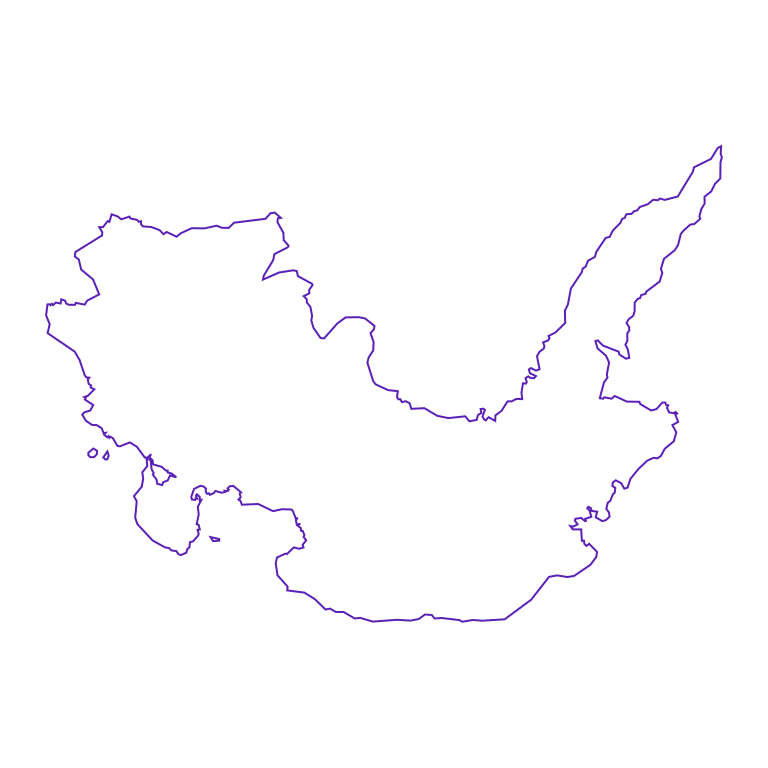 the district of Jeneponto, Sulawesi Selatan, Indonesia
{"feature_id": "22746128B64050318598962", "entity_name": "Jeneponto", "entity_type": "district", "adm_level": 2, "iso_a3": "IDN", "parent_name": "Indonesia", "parent_adm1": "Sulawesi Selatan", "projection": "mercator", "projection_center": [119.72, -5.545], "detail": "fine", "context": "isolated", "style": "outline", "palette": "violet", "viewbox_px": 768, "rotation_deg": 0, "n_neighbors": 0, "source": "geoboundaries", "source_scale": "gbopen_adm2", "svg_char_len": 6076}
<svg xmlns="http://www.w3.org/2000/svg" viewBox="0 0 768 768"><path d="M721.1,146.3L717.8,147.9L711.0,158.9L694.0,167.3L692.9,171.7L677.8,196.5L664.8,199.9L659.9,198.5L658.1,200.2L653.1,199.8L647.8,204.2L639.8,207.0L637.2,210.4L634.1,211.2L631.5,213.9L626.4,214.2L624.6,218.0L622.2,218.8L620.3,223.0L612.7,230.7L609.7,236.9L605.7,237.9L596.4,251.7L594.9,256.9L588.0,260.8L585.7,266.6L582.6,268.7L581.8,272.2L570.9,288.5L567.9,304.5L564.9,310.7L565.2,323.0L555.4,332.5L548.5,336.0L549.5,338.4L548.1,340.4L543.1,342.4L544.4,345.9L543.8,348.6L539.5,351.8L537.0,356.2L539.6,369.2L535.9,370.6L531.1,368.1L528.9,369.4L529.9,373.2L536.0,376.1L534.1,378.1L531.0,378.1L528.2,376.4L525.5,378.2L526.8,382.0L525.9,383.6L523.0,383.3L521.5,392.3L522.2,399.1L516.2,398.9L511.8,401.3L507.5,401.4L501.6,410.8L495.4,415.4L495.2,420.9L488.6,417.2L485.7,420.4L484.0,419.3L482.5,416.5L484.9,410.0L483.3,408.7L480.6,409.0L481.3,413.0L478.0,415.0L476.6,419.9L469.4,421.3L465.3,416.3L448.3,418.1L437.3,415.8L424.4,408.2L411.3,408.8L409.6,403.2L405.7,401.2L401.9,402.1L400.3,399.2L398.4,399.3L397.0,397.1L397.8,391.2L388.1,390.1L375.7,384.4L373.2,381.1L367.4,362.7L368.6,357.6L373.2,350.4L373.6,342.0L370.5,333.1L373.9,329.4L374.5,325.9L365.0,318.4L358.9,317.2L345.6,317.4L337.4,323.4L324.1,338.4L320.5,338.0L313.5,327.9L311.3,320.4L312.1,315.8L310.4,306.9L306.9,302.5L306.8,299.3L303.7,296.2L309.3,293.3L309.2,289.8L312.5,285.2L312.2,283.9L297.9,276.1L296.8,271.1L293.4,270.3L279.1,272.5L263.0,279.6L263.7,275.8L273.2,260.1L274.4,254.1L287.8,247.3L288.6,245.7L283.7,240.2L283.4,232.9L277.4,222.0L277.9,218.3L280.8,217.9L274.8,212.6L270.5,213.2L265.5,218.8L234.1,222.7L228.7,227.9L221.9,227.8L216.6,225.7L204.4,228.4L191.7,228.2L180.9,233.2L176.6,236.7L166.7,232.0L163.5,234.2L159.6,230.1L151.2,227.0L142.9,226.4L141.0,224.2L140.9,221.2L138.8,221.8L137.2,219.9L130.5,218.5L129.4,216.6L121.3,219.3L117.6,216.4L111.6,214.3L109.4,221.9L107.7,221.1L103.0,227.1L99.2,227.2L102.3,232.2L102.0,235.5L75.4,252.0L74.8,256.5L78.8,259.5L81.2,269.6L93.0,279.4L99.2,294.4L87.2,300.6L84.7,304.6L75.8,302.9L75.0,304.8L69.0,304.8L66.3,303.6L65.0,300.7L61.3,299.3L60.6,303.5L55.8,302.6L52.9,305.1L51.9,303.8L50.5,305.1L49.9,304.3L47.5,304.4L46.1,315.4L49.7,324.2L47.6,333.1L74.7,351.6L79.5,359.8L84.8,375.5L86.6,377.5L89.2,377.7L87.8,379.6L88.7,383.9L91.1,385.4L90.6,387.5L94.3,389.3L87.9,395.8L84.4,397.0L85.8,397.7L84.8,399.5L93.2,405.0L90.2,410.6L84.6,412.2L82.2,414.6L85.9,420.7L92.0,424.9L96.7,425.1L101.7,428.2L103.6,433.1L105.7,432.8L104.1,434.7L107.2,437.3L108.3,436.1L109.3,437.8L110.2,436.6L112.9,438.2L117.4,445.9L120.0,446.3L129.9,442.4L136.9,446.8L144.8,457.5L147.6,457.5L151.1,454.2L149.4,457.2L152.5,460.2L153.1,464.4L161.7,466.8L166.0,470.6L167.6,470.5L167.6,472.4L172.0,473.7L176.3,477.3L170.0,475.5L167.7,480.5L163.2,482.2L162.2,485.1L157.2,483.8L156.5,479.5L152.8,474.6L153.7,473.0L151.6,469.3L150.5,459.4L146.6,459.4L147.3,466.0L142.3,472.3L143.2,478.7L141.7,486.8L133.9,496.2L136.7,501.2L135.2,517.8L137.4,524.1L152.6,540.5L164.9,547.3L169.2,548.2L171.3,550.4L176.4,551.1L178.4,554.2L180.8,555.1L186.3,552.7L187.3,549.1L189.5,547.3L189.9,542.2L193.0,541.4L197.9,535.9L198.7,534.0L197.6,529.8L199.8,529.5L198.6,524.8L196.7,524.2L198.7,514.4L197.8,506.8L201.3,500.0L199.8,500.5L199.8,497.0L197.0,494.3L195.9,495.6L197.1,498.6L195.7,498.3L195.2,499.9L191.9,499.5L191.2,497.1L194.0,489.0L200.3,485.8L203.9,486.6L206.1,488.9L205.6,491.4L207.0,493.8L209.1,493.3L209.8,494.8L213.7,493.2L215.3,491.0L221.6,492.7L225.1,492.0L224.6,490.7L227.7,491.1L228.8,489.7L227.6,488.4L229.6,486.3L233.3,485.9L241.1,492.4L239.7,493.7L240.7,497.3L238.5,499.6L240.4,500.7L241.9,504.7L258.2,504.0L273.0,511.1L282.2,509.2L291.5,509.5L292.8,510.8L295.9,518.7L297.7,517.8L295.9,520.0L296.5,523.4L297.3,524.4L300.4,523.8L297.3,525.4L300.8,528.0L301.1,530.8L302.8,531.1L304.4,535.1L303.6,537.0L306.2,540.3L302.6,544.9L303.5,547.5L299.2,548.8L293.8,547.4L286.9,554.1L285.5,553.6L277.0,557.5L275.7,563.2L277.5,575.3L287.6,586.6L287.2,590.4L304.4,592.6L314.9,599.2L325.5,609.5L330.1,608.6L335.6,611.9L343.7,612.0L354.7,618.5L360.3,617.9L372.9,621.6L396.6,619.8L410.6,620.6L418.8,619.0L425.0,614.5L431.8,615.0L434.6,618.5L441.7,618.0L459.5,620.1L462.2,621.7L472.9,620.0L482.5,620.7L504.7,619.3L531.2,599.7L549.0,576.9L557.0,575.4L567.3,577.0L574.0,576.0L590.4,564.8L596.4,556.8L597.0,551.8L589.1,543.8L586.5,545.9L584.5,544.1L583.9,540.6L581.9,540.8L581.2,529.4L572.8,529.4L570.3,526.0L573.1,526.6L577.5,524.4L574.8,520.4L575.5,518.8L581.1,517.9L585.0,521.1L585.9,520.9L585.2,518.8L591.3,516.8L589.6,510.5L587.3,508.3L588.2,506.8L590.9,508.1L591.6,510.9L597.2,511.7L595.7,517.3L602.3,521.1L605.8,520.2L609.6,516.7L609.0,512.4L606.3,508.9L607.8,502.6L610.1,501.1L613.0,494.1L614.7,492.8L615.3,487.9L612.4,486.0L612.8,482.6L615.7,480.3L621.2,483.2L624.3,488.7L627.6,487.6L630.4,478.9L638.5,468.9L647.3,460.6L653.4,457.9L657.6,458.3L660.9,455.9L664.8,448.7L673.8,441.3L676.3,432.4L672.4,425.1L678.2,421.9L675.3,414.5L677.1,413.5L675.7,412.0L674.0,413.1L669.2,412.5L667.0,407.8L668.2,405.3L666.1,404.9L665.3,402.5L662.4,402.5L656.5,409.1L651.2,410.5L640.2,404.0L639.4,401.8L626.9,401.6L614.7,396.0L611.6,398.7L604.4,397.3L603.2,398.7L599.8,398.2L603.9,382.6L607.5,377.5L606.8,374.6L609.1,362.5L606.0,355.7L597.5,348.3L595.4,341.1L597.8,340.4L603.0,345.6L618.7,351.7L619.4,354.5L625.9,358.7L629.3,357.8L627.8,349.5L625.4,344.7L627.3,341.1L627.3,333.4L629.2,330.6L629.2,327.1L626.5,323.0L628.6,319.3L633.2,315.8L634.6,311.3L634.7,302.6L637.6,298.9L640.1,298.1L641.2,295.1L645.6,293.8L646.2,291.7L659.6,281.6L662.3,272.9L660.9,268.9L664.0,258.8L674.8,250.2L678.1,244.9L680.8,234.0L683.6,230.6L690.2,224.6L694.3,224.0L700.3,218.8L699.4,216.4L701.3,209.0L704.7,203.5L704.5,196.8L711.3,191.3L715.0,183.8L720.3,178.5L720.5,162.1L721.9,157.3L720.7,154.0L721.1,146.3ZM93.3,448.5L88.3,452.8L88.4,455.3L90.4,457.2L94.1,457.1L96.9,454.2L97.0,450.8L93.3,448.5ZM107.3,459.3L108.7,455.8L107.4,451.5L103.3,457.4L105.3,459.4L107.3,459.3ZM219.2,539.0L210.5,537.1L213.1,541.1L219.2,540.7L219.2,539.0Z" fill="none" stroke="#5b21b6" stroke-width="2"/></svg>